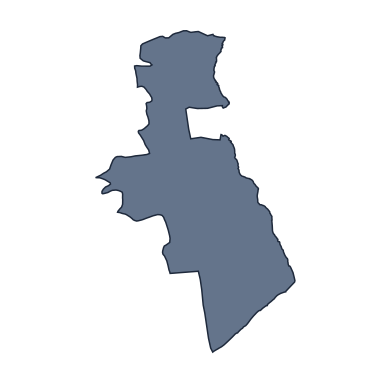 outline of Moanda, Bas-Congo, Democratic Republic of the Congo, rotated 265°
{"feature_id": "63176286B88277060419996", "entity_name": "Moanda", "entity_type": "district", "adm_level": 2, "iso_a3": "COD", "parent_name": "Democratic Republic of the Congo", "parent_adm1": "Bas-Congo", "projection": "natural_earth1", "projection_center": [12.948, -5.756], "detail": "fine", "context": "isolated", "style": "filled", "palette": "slate", "viewbox_px": 384, "rotation_deg": 265, "n_neighbors": 0, "source": "geoboundaries", "source_scale": "gbopen_adm2", "svg_char_len": 6062}
<svg xmlns="http://www.w3.org/2000/svg" viewBox="0 0 384 384"><g transform="rotate(265 192 192)"><path d="M272.9,230.4L273.4,232.1L273.7,233.2L274.3,233.9L275.6,235.3L276.0,236.1L276.5,236.6L277.5,236.9L278.0,236.8L278.0,236.4L278.4,236.6L278.9,236.5L279.2,236.3L279.4,235.9L280.2,235.4L281.2,235.1L282.7,234.0L283.6,233.0L283.8,232.2L285.0,231.1L285.6,230.8L286.2,230.4L287.2,230.0L288.0,229.5L289.1,229.3L290.1,228.9L290.7,228.6L291.2,228.6L291.6,228.3L292.7,228.3L294.0,228.0L294.3,227.8L294.9,227.7L295.1,227.7L295.4,227.9L295.7,227.9L295.9,227.8L296.1,227.6L296.4,226.8L296.7,226.4L297.0,226.4L297.4,226.9L297.8,227.1L298.8,226.4L299.0,225.7L299.3,225.5L299.5,225.8L299.9,225.7L300.1,225.5L300.4,225.2L300.6,225.3L300.9,224.9L301.0,225.0L301.3,224.9L303.3,223.8L303.7,223.8L304.5,223.5L306.5,223.7L307.4,224.2L308.4,224.4L308.8,224.8L309.9,224.8L310.1,224.9L310.5,224.7L311.4,224.3L311.7,224.4L311.9,224.6L312.5,224.5L314.2,225.1L314.6,225.0L315.3,225.5L315.5,225.9L315.8,226.1L316.3,226.0L316.6,225.8L316.8,225.9L317.5,226.4L318.3,226.8L318.6,226.8L318.7,227.1L318.9,227.2L319.6,227.2L319.7,227.7L320.3,227.9L322.0,228.0L323.7,228.0L324.0,228.0L324.2,228.3L324.7,228.4L325.8,229.3L326.8,230.2L328.5,232.2L329.1,232.5L329.4,232.9L329.4,233.1L331.2,233.2L332.1,233.9L332.4,234.0L332.7,233.8L333.0,234.2L333.2,235.0L333.4,235.0L334.1,234.8L334.5,234.9L334.8,235.1L335.2,234.6L335.5,234.7L335.7,234.9L335.7,235.1L336.0,235.0L336.4,235.6L336.6,235.5L336.7,235.2L337.4,235.0L337.8,235.4L338.1,235.8L339.0,236.1L340.0,237.0L340.3,237.4L340.4,237.7L342.7,238.4L343.1,237.8L343.2,237.3L343.3,236.5L343.5,235.6L343.7,233.2L343.9,232.8L344.5,230.4L344.8,229.7L345.1,228.9L345.2,228.5L345.7,227.8L345.7,227.4L346.0,227.3L346.6,226.8L347.2,226.6L346.3,221.1L351.3,212.3L351.3,209.8L351.1,204.8L351.6,203.6L353.1,200.7L353.3,197.4L352.0,192.9L351.5,189.4L350.7,186.7L348.9,184.1L347.6,182.3L347.8,178.9L349.6,176.4L349.6,173.7L347.3,166.2L345.1,159.4L343.8,155.6L342.1,153.8L339.9,153.5L335.0,152.6L332.4,152.0L329.7,152.0L326.9,154.9L326.0,157.2L324.5,161.5L323.4,162.0L322.1,163.2L321.0,161.1L321.8,152.7L322.7,148.0L322.5,145.8L320.3,145.7L317.7,146.4L315.0,146.5L310.0,147.1L307.3,147.0L303.6,147.1L301.2,146.8L301.7,149.3L301.7,151.3L300.7,153.3L298.0,155.3L296.2,156.2L293.2,158.4L291.3,159.2L289.6,160.1L287.3,160.2L286.2,159.8L285.1,157.6L285.0,155.0L284.0,154.0L281.7,154.3L279.1,154.3L276.8,153.5L273.5,153.8L270.7,154.6L268.5,155.0L266.6,155.3L263.6,155.1L261.9,153.5L259.0,149.4L257.9,147.0L257.9,144.5L257.2,143.8L255.6,143.9L253.2,145.4L247.5,148.3L243.3,149.5L240.7,150.8L237.7,152.5L234.1,153.1L233.3,150.4L233.0,145.1L232.9,138.5L232.4,134.2L232.3,128.5L233.6,124.8L233.8,120.5L233.2,118.7L230.8,116.2L225.9,113.6L222.0,111.9L219.6,108.5L218.4,105.6L216.6,102.3L214.7,97.2L214.2,101.4L213.0,104.1L211.8,106.5L210.1,108.8L208.3,111.3L207.0,111.5L205.6,109.4L204.5,106.3L202.5,103.9L200.5,102.4L198.6,102.2L198.1,102.7L198.1,103.9L198.8,108.1L200.0,110.8L200.6,112.7L200.6,116.5L199.8,119.1L198.9,120.9L197.8,122.5L195.8,122.7L192.2,122.3L190.3,122.3L185.8,121.8L183.0,120.5L181.5,118.7L179.2,116.5L178.3,116.1L177.8,118.3L176.7,120.7L175.9,123.3L175.3,124.5L172.6,128.1L170.7,130.0L169.5,131.0L168.7,132.3L167.9,134.3L168.0,135.9L168.5,139.1L168.9,140.9L169.9,144.3L170.6,147.1L171.7,151.1L172.5,155.8L172.1,158.3L171.3,160.2L169.2,161.6L167.2,162.1L164.2,163.2L156.2,165.0L150.4,165.9L147.6,166.1L143.7,165.4L141.5,161.7L140.6,159.7L139.0,158.8L135.9,157.7L134.4,157.4L132.5,157.7L130.7,159.0L125.6,160.9L121.0,161.7L116.3,162.3L114.6,162.8L112.8,163.1L112.5,191.4L104.3,192.6L93.6,193.2L78.4,193.3L70.2,194.2L44.8,195.7L34.9,197.0L30.7,198.7L31.5,199.9L34.2,205.5L35.2,207.8L37.0,210.7L40.1,214.7L43.9,219.4L46.8,222.7L47.6,224.2L47.6,225.1L48.6,226.0L50.9,228.7L51.5,229.7L51.8,230.4L53.1,231.5L54.2,233.9L56.1,235.9L60.2,239.5L63.1,242.4L66.3,246.0L67.7,247.9L68.1,248.9L68.0,249.6L68.4,250.3L69.9,252.1L72.1,255.6L72.3,257.1L72.8,257.3L73.3,257.3L75.0,259.6L75.8,260.9L77.8,263.6L78.4,264.6L79.7,265.7L81.3,267.5L82.2,269.0L83.3,271.6L84.2,275.1L84.4,276.7L84.9,276.8L93.4,286.4L94.8,286.8L97.1,286.5L102.9,285.6L108.6,283.6L109.7,282.9L109.7,282.2L110.9,281.7L112.0,281.5L113.6,281.5L114.2,281.3L115.9,281.5L117.4,281.2L118.3,280.3L120.9,279.0L124.4,277.9L126.0,277.8L126.7,277.3L127.4,276.6L130.1,276.0L131.8,275.2L132.7,275.0L134.2,275.0L134.7,274.8L135.0,274.3L135.0,273.6L135.8,273.1L137.3,273.4L137.7,273.2L138.1,272.6L138.8,272.5L139.5,272.0L140.3,271.5L141.0,270.9L141.6,270.6L142.4,270.4L143.2,269.6L144.6,269.1L146.3,268.8L151.0,269.0L152.7,269.0L154.5,269.0L155.9,269.0L156.7,268.9L156.8,269.2L157.0,269.3L159.6,269.3L160.3,269.5L161.1,269.3L162.0,268.8L162.7,268.4L163.5,268.2L164.2,267.7L165.3,267.7L165.7,267.6L167.2,266.6L168.3,265.9L169.4,264.8L170.4,263.9L171.0,263.7L171.6,263.0L172.3,262.0L172.4,261.3L172.6,261.2L173.3,259.8L173.4,258.6L175.7,256.8L176.4,256.6L176.8,256.7L178.9,256.8L181.1,256.6L182.3,256.6L183.4,256.8L187.0,257.8L188.3,258.0L188.5,258.2L189.0,258.2L189.2,258.4L189.9,258.4L192.3,256.4L192.7,256.0L193.0,256.0L194.2,255.3L195.0,254.5L195.7,254.2L196.9,253.9L197.4,253.7L198.3,253.1L199.0,252.4L199.5,251.6L199.6,251.1L200.0,251.0L200.2,250.7L200.4,250.3L200.5,249.7L201.3,247.2L202.1,246.2L202.3,246.0L202.8,244.7L203.1,244.3L203.3,243.4L203.9,242.7L204.8,241.8L206.3,241.1L207.6,240.7L209.7,240.7L210.4,240.4L211.4,239.9L212.3,240.5L213.1,240.5L214.3,240.1L215.0,240.2L215.6,240.4L216.3,240.4L216.6,240.2L219.7,239.5L220.5,239.1L221.5,238.1L222.0,237.9L222.9,237.5L223.5,237.9L224.3,238.3L225.2,238.4L226.1,238.3L226.7,237.9L229.0,238.1L231.1,238.1L233.1,237.6L234.0,237.2L235.0,237.1L235.7,236.8L238.1,235.0L238.1,235.3L238.8,235.5L239.3,235.3L240.0,234.4L240.3,233.7L240.9,233.1L242.0,233.7L242.5,233.4L243.1,232.6L244.3,231.6L245.4,230.0L245.5,229.4L244.9,227.8L246.5,226.6L246.7,225.9L241.5,224.5L242.4,217.3L245.7,205.7L245.1,195.4L254.7,194.2L275.2,193.0L276.7,196.6L274.7,204.6L274.0,214.8L275.6,224.5L275.4,229.8L274.4,229.6L272.9,230.4Z" fill="#64748b" stroke="#1e293b" stroke-width="1.5"/></g></svg>